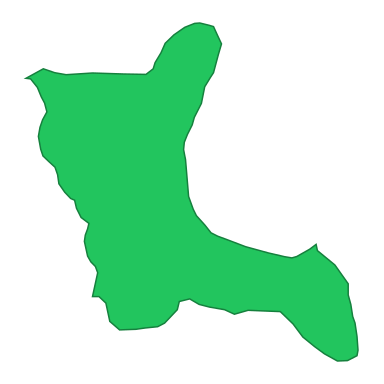 Sosso-Nakombo, Mambéré-Kadéï, Central African Republic (orthographic projection)
{"feature_id": "33826404B83457658124611", "entity_name": "Sosso-Nakombo", "entity_type": "district", "adm_level": 2, "iso_a3": "CAF", "parent_name": "Central African Republic", "parent_adm1": "Mambéré-Kadéï", "projection": "orthographic", "projection_center": [15.586, 3.907], "detail": "fine", "context": "isolated", "style": "filled", "palette": "green", "viewbox_px": 384, "rotation_deg": 0, "n_neighbors": 0, "source": "geoboundaries", "source_scale": "gbopen_adm2", "svg_char_len": 1379}
<svg xmlns="http://www.w3.org/2000/svg" viewBox="0 0 384 384"><path d="M316.1,244.4L309.7,249.2L296.8,256.5L291.9,257.9L284.6,256.7L268.2,252.9L245.6,246.7L228.5,240.2L217.7,236.2L211.0,232.8L204.9,225.1L196.4,215.7L193.2,209.2L188.6,196.5L185.5,159.4L184.7,155.5L183.6,149.6L184.3,142.3L187.4,134.5L192.2,124.9L194.3,117.4L201.4,103.4L204.7,86.8L210.5,77.3L213.5,72.7L218.4,54.4L221.5,43.9L217.8,36.0L213.5,26.6L209.2,25.3L199.8,23.0L194.6,23.4L184.8,27.3L180.6,30.2L174.0,34.8L165.2,43.3L161.0,52.8L155.1,62.6L153.2,68.8L146.0,74.4L123.5,74.0L92.5,73.0L66.1,74.7L54.7,72.7L43.3,68.8L26.0,78.3L30.6,78.9L37.4,87.4L41.3,96.9L44.6,103.1L46.9,111.9L42.6,119.8L40.0,127.3L38.4,136.4L40.7,149.2L43.0,156.0L49.2,161.9L55.0,167.2L57.6,174.7L58.9,183.8L64.8,192.3L70.7,198.5L74.6,200.2L76.5,208.3L81.1,217.5L88.9,223.4L87.6,228.9L85.3,235.1L84.4,241.4L87.6,256.1L90.9,261.9L95.4,266.5L97.7,272.7L92.5,296.6L99.0,296.6L105.9,303.1L109.8,321.4L119.6,329.9L127.1,329.6L135.9,329.3L145.0,328.0L157.7,326.7L164.6,323.1L177.3,309.7L179.3,301.5L189.7,298.9L199.1,304.4L209.6,307.1L224.6,309.7L234.4,314.2L248.1,310.3L280.3,311.6L293.1,324.0L302.9,337.1L314.6,346.6L324.4,353.8L337.4,361.0L347.5,360.6L357.0,355.7L358.0,350.2L357.0,336.4L355.0,323.0L352.7,316.5L350.8,304.4L348.2,294.9L348.2,283.8L334.9,265.0L317.4,250.6L316.1,244.4Z" fill="#22c55e" stroke="#15803d" stroke-width="1.5"/></svg>